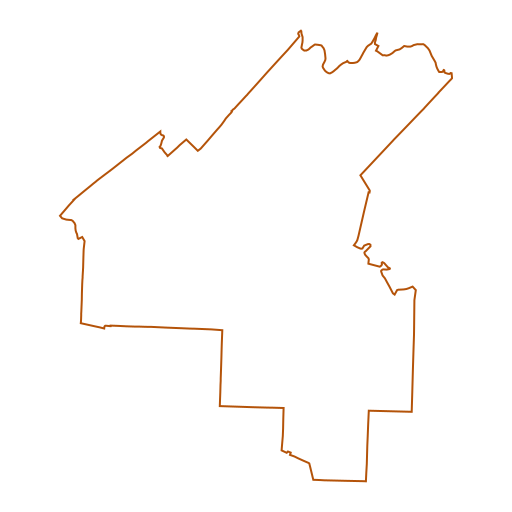 outline of Gurbanesti, Calarasi, Romania
{"feature_id": "2599482B46558344458581", "entity_name": "Gurbanesti", "entity_type": "district", "adm_level": 2, "iso_a3": "ROU", "parent_name": "Romania", "parent_adm1": "Calarasi", "projection": "orthographic", "projection_center": [26.694, 44.368], "detail": "fine", "context": "isolated", "style": "outline", "palette": "amber", "viewbox_px": 512, "rotation_deg": 0, "n_neighbors": 0, "source": "geoboundaries", "source_scale": "gbopen_adm2", "svg_char_len": 5134}
<svg xmlns="http://www.w3.org/2000/svg" viewBox="0 0 512 512"><path d="M365.9,481.3L366.3,472.7L366.8,464.0L367.1,452.9L367.3,445.6L367.7,436.5L368.2,423.6L368.8,410.7L411.7,411.8L412.2,395.1L412.9,369.5L413.5,349.9L414.0,334.9L414.1,327.4L414.3,308.8L414.4,300.1L415.8,290.1L412.6,286.6L408.8,288.2L406.4,289.0L403.9,289.4L400.8,289.6L398.4,289.7L397.1,290.1L394.6,294.6L392.9,293.3L389.4,286.5L387.0,282.2L384.9,278.3L382.6,275.5L382.3,274.7L381.2,271.6L381.1,271.0L381.4,270.5L381.7,270.2L382.5,269.6L383.2,269.4L385.0,269.5L386.6,269.6L387.8,269.4L388.8,269.2L389.6,269.0L389.9,268.7L389.8,268.3L389.5,268.1L388.0,267.4L385.4,264.5L384.3,263.2L383.4,262.6L382.4,262.2L381.7,262.8L381.9,264.6L381.2,265.7L380.1,266.4L379.8,266.7L368.4,263.7L368.4,263.2L368.7,260.6L368.8,259.3L368.4,258.2L366.6,256.4L365.1,254.7L364.6,253.5L364.4,252.7L364.7,252.0L365.2,251.5L365.7,251.2L370.5,246.3L370.4,244.7L369.2,244.0L367.9,244.1L364.2,245.6L362.4,248.5L361.9,248.6L361.1,248.7L360.2,248.5L357.2,247.2L353.9,245.3L355.4,243.3L356.8,241.2L357.1,240.4L357.3,240.2L358.5,235.8L364.1,211.3L368.6,192.3L369.5,192.5L369.8,191.0L369.7,190.5L369.5,190.1L360.4,175.3L371.8,163.2L393.2,140.4L393.6,139.9L399.7,133.6L405.8,127.3L415.7,117.0L421.1,111.4L423.7,108.8L424.8,107.5L428.3,103.7L435.0,96.5L438.4,92.9L438.4,92.7L441.7,89.2L449.6,80.8L451.0,79.4L452.0,78.3L452.0,77.6L451.6,73.2L451.1,73.1L450.6,73.0L449.6,73.9L448.1,73.8L445.2,72.9L444.8,72.6L444.6,72.1L444.3,71.9L444.3,71.5L444.4,70.9L444.2,70.2L443.7,70.0L443.0,71.2L442.6,71.8L441.5,72.0L440.3,72.0L439.2,72.0L438.5,70.9L437.3,68.7L436.5,66.7L436.2,65.6L435.9,64.4L435.6,62.7L434.6,60.8L431.7,55.9L429.5,50.5L427.9,48.2L424.6,45.0L423.3,44.2L420.3,44.3L417.3,44.2L413.6,45.1L412.1,46.0L410.4,46.6L407.3,46.6L404.2,46.0L401.6,48.1L399.6,49.4L395.7,50.4L394.9,50.9L392.4,53.1L389.7,54.7L388.0,55.3L386.3,55.6L384.6,55.2L382.7,55.3L377.4,51.4L376.0,50.7L378.4,46.0L375.0,44.1L374.9,42.4L375.7,40.1L376.1,37.7L376.9,34.9L377.3,33.5L377.4,32.7L376.1,34.9L374.5,38.2L372.8,41.2L371.3,43.6L368.0,45.8L367.3,46.5L366.7,47.1L365.2,49.6L363.3,52.8L362.5,54.4L361.6,56.0L360.6,57.9L360.2,58.5L359.7,59.5L359.2,60.1L358.4,61.0L357.3,62.0L356.5,62.3L355.4,62.6L354.0,62.9L352.6,63.0L350.6,63.0L349.6,62.9L349.3,62.8L349.3,62.7L348.7,62.4L348.1,62.0L347.9,61.8L347.4,61.0L347.3,60.9L347.1,61.0L346.4,61.8L344.2,62.7L342.9,63.3L340.9,64.7L339.2,66.1L338.4,67.0L336.9,68.5L335.4,69.7L333.9,71.0L332.3,72.2L330.0,73.4L329.2,73.3L328.7,73.2L327.4,72.6L326.1,71.7L324.9,70.6L323.0,67.7L322.6,66.5L323.0,64.6L324.5,61.8L325.3,60.0L325.5,58.4L325.1,54.3L324.5,50.4L323.6,48.2L322.6,47.0L322.1,46.3L321.5,45.5L320.4,45.2L317.9,44.8L315.0,44.5L314.3,44.9L313.2,45.7L311.8,46.7L310.6,47.5L310.0,48.1L309.1,49.0L307.6,50.0L306.7,50.3L306.4,50.5L305.5,50.5L304.3,50.6L303.1,49.8L301.8,48.7L301.4,47.6L302.0,44.4L302.4,42.6L302.6,40.5L302.6,38.8L302.6,37.1L301.5,33.6L301.3,31.2L300.9,30.7L298.6,32.4L298.2,33.8L299.1,35.5L299.3,36.5L287.7,50.0L281.2,57.0L267.5,72.0L261.8,78.4L257.9,82.8L247.9,93.9L247.3,94.7L245.9,96.1L240.0,102.5L238.3,104.3L234.4,108.6L232.9,109.6L232.5,110.0L232.0,111.3L231.5,111.2L231.4,112.4L230.3,113.6L229.1,114.8L225.8,118.5L224.5,120.5L223.0,122.6L221.4,124.8L219.1,127.5L217.2,129.6L213.9,133.4L207.4,141.0L200.7,148.6L197.8,150.8L194.2,147.2L190.0,143.1L186.3,139.5L179.7,145.1L177.1,147.7L174.7,149.8L167.6,156.1L167.4,155.9L167.1,155.1L164.6,152.3L163.0,150.0L162.0,148.5L160.0,147.9L159.6,146.9L160.5,145.9L161.2,143.8L162.0,140.6L163.3,138.5L163.9,137.5L164.0,136.8L163.8,136.0L163.3,135.5L162.1,135.2L160.8,134.4L160.3,132.9L160.3,131.5L148.1,141.1L146.1,142.8L135.8,150.7L132.3,153.6L131.9,153.9L126.6,157.7L118.5,164.1L112.8,168.6L100.1,178.2L97.1,180.5L95.6,181.8L93.3,183.6L90.8,185.7L84.9,190.5L80.4,194.2L74.0,199.4L74.3,199.5L68.9,205.4L67.8,206.7L60.0,215.8L62.1,218.3L66.3,219.6L71.4,220.1L72.7,220.9L73.6,222.0L74.6,223.2L75.4,225.2L75.4,228.3L75.7,230.7L76.3,232.6L77.0,234.0L77.5,236.8L77.7,238.1L78.4,238.9L82.2,237.0L84.6,241.1L83.7,249.0L83.6,250.8L83.4,257.1L83.1,268.3L83.0,269.2L83.0,270.2L82.9,271.7L82.6,276.5L82.6,277.7L82.4,279.9L82.2,284.0L81.9,293.4L81.8,299.9L81.3,312.0L81.2,313.4L81.2,315.5L81.1,318.4L81.1,318.9L81.0,320.7L81.0,320.9L80.8,323.2L83.5,323.8L86.2,324.4L94.3,326.2L99.9,327.4L104.2,328.5L104.4,326.8L104.7,326.2L104.8,326.1L105.2,325.8L105.5,325.8L105.7,325.7L109.9,326.1L110.6,326.1L110.6,325.6L118.4,325.9L126.3,326.3L135.0,326.6L137.4,326.6L139.2,326.6L144.9,326.8L149.9,326.9L151.8,326.9L166.1,327.6L173.5,327.9L180.9,328.2L190.0,328.6L194.6,328.7L211.6,329.4L220.9,330.1L222.3,330.2L222.2,332.8L221.8,343.2L221.6,349.8L221.4,357.7L221.2,364.0L221.0,370.2L220.9,373.0L220.7,378.6L220.7,380.9L220.5,384.8L220.3,392.3L219.8,406.1L241.1,406.8L252.6,407.2L267.4,407.6L273.1,407.7L283.6,408.0L283.3,418.4L283.1,428.6L282.8,436.1L282.2,443.2L281.6,450.4L286.7,452.8L287.9,451.5L290.7,452.6L290.0,454.9L294.5,456.5L298.1,458.3L303.4,460.7L308.7,463.0L309.3,463.5L310.5,468.3L312.8,477.8L313.3,479.8L316.3,479.9L321.0,480.1L324.3,480.3L345.1,480.8L364.1,481.2L365.6,481.3L365.9,481.3Z" fill="none" stroke="#b45309" stroke-width="2"/></svg>